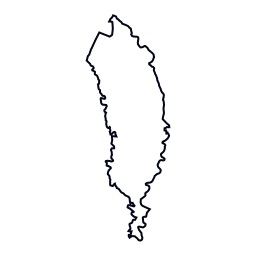 the district of 9 de julio, San Juan, Argentina
{"feature_id": "61730980B85841660882492", "entity_name": "9 de julio", "entity_type": "district", "adm_level": 2, "iso_a3": "ARG", "parent_name": "Argentina", "parent_adm1": "San Juan", "projection": "albers", "projection_center": [-68.388, -31.661], "detail": "fine", "context": "isolated", "style": "outline", "palette": "ink", "viewbox_px": 256, "rotation_deg": 0, "n_neighbors": 0, "source": "geoboundaries", "source_scale": "gbopen_adm2", "svg_char_len": 5900}
<svg xmlns="http://www.w3.org/2000/svg" viewBox="0 0 256 256"><path d="M161.7,156.8L161.1,155.5L161.0,154.7L161.0,154.1L161.3,153.6L162.0,153.1L163.1,152.1L163.7,151.4L164.4,150.1L164.9,147.9L164.8,147.4L164.8,146.5L165.2,145.8L165.3,145.3L165.1,144.7L164.8,144.3L163.9,143.7L163.2,143.1L162.7,143.2L162.4,142.8L162.5,142.3L162.8,141.7L163.2,141.4L164.7,140.9L165.7,140.2L167.7,138.4L168.3,137.5L169.1,135.7L168.9,135.1L168.5,134.0L168.0,133.5L166.5,133.6L166.5,133.2L167.4,133.1L167.4,132.5L166.3,132.6L166.1,130.5L164.5,130.4L164.6,128.2L165.8,127.9L166.2,127.7L166.5,127.4L166.7,127.1L169.3,127.2L169.3,126.8L169.0,125.3L168.7,124.8L168.1,124.5L166.8,123.4L162.7,119.1L163.0,117.0L163.9,113.4L163.9,112.1L163.7,110.9L163.5,108.4L163.9,106.0L164.0,104.4L163.8,102.4L163.4,100.5L163.1,100.2L163.0,99.7L163.3,98.9L163.3,97.9L163.7,97.3L163.7,96.8L163.6,96.3L163.9,95.2L163.8,94.7L163.1,93.3L162.2,92.7L161.6,91.5L161.0,90.4L160.7,89.0L160.0,87.6L159.3,86.1L159.1,85.5L159.1,84.8L158.5,82.8L158.1,82.1L157.2,79.9L157.1,77.9L156.7,77.5L156.4,76.4L155.7,74.8L155.1,74.0L155.1,73.5L154.9,72.8L154.0,70.8L153.8,69.9L154.0,69.0L154.2,68.7L154.1,68.1L153.5,67.3L153.2,67.0L152.8,66.8L152.1,66.7L151.6,66.4L151.3,66.0L150.9,65.6L150.5,65.2L149.9,64.9L149.3,64.4L149.1,63.9L149.2,63.1L149.5,63.0L150.1,62.8L150.9,62.2L151.7,61.7L152.1,61.4L152.4,60.9L152.9,60.2L153.4,58.8L153.5,58.3L153.7,57.9L154.0,57.5L154.1,57.0L153.7,56.0L153.8,55.4L153.4,54.2L151.9,52.7L148.5,49.9L147.6,48.0L146.2,46.8L145.1,46.0L144.4,46.1L143.5,46.6L142.9,47.0L142.0,47.3L140.5,47.4L139.4,46.3L138.0,44.3L137.8,42.4L138.4,38.6L138.3,38.0L138.0,37.2L136.9,36.7L135.7,36.7L133.6,36.5L132.1,36.0L131.2,34.4L131.7,33.4L131.8,33.0L131.6,32.1L131.3,31.5L131.1,30.3L131.0,29.2L130.8,28.8L130.3,28.2L129.2,27.5L128.7,26.7L128.1,26.1L125.5,24.9L122.6,23.8L122.1,23.5L121.6,22.5L121.1,21.8L119.6,20.9L118.5,19.6L116.9,18.6L116.2,16.9L115.6,16.3L113.1,15.4L112.8,16.1L111.8,17.8L111.5,18.1L110.6,18.7L109.2,21.5L110.2,21.5L111.4,21.6L111.8,21.7L112.3,22.0L112.6,25.0L112.8,28.9L112.2,34.1L112.1,34.8L111.8,35.1L109.7,36.6L99.3,32.5L95.7,39.5L91.5,48.6L91.2,49.0L89.2,54.7L88.7,55.2L88.1,56.0L87.9,56.1L86.7,60.6L90.2,64.0L90.4,64.8L90.9,65.6L92.7,66.3L93.1,66.7L93.7,67.9L93.5,68.6L92.8,69.0L92.2,69.6L92.3,70.3L93.8,71.1L94.4,71.4L94.9,71.7L94.9,72.2L94.9,72.7L94.8,73.2L95.0,74.4L95.3,74.7L96.6,75.3L97.2,75.9L98.1,78.1L98.3,79.4L98.9,80.0L99.3,80.5L99.3,81.0L99.1,81.7L99.1,82.8L99.0,83.5L98.6,83.9L98.0,84.3L98.2,84.9L98.2,86.3L98.7,88.9L99.2,89.5L99.9,90.0L100.1,90.4L100.1,90.9L100.0,91.7L100.1,92.6L100.5,93.1L101.0,93.6L101.5,94.2L102.4,95.6L102.8,95.9L103.8,95.9L104.4,96.1L104.7,96.4L104.9,96.7L105.1,97.3L105.2,97.9L105.0,98.6L104.5,98.8L104.1,98.8L101.9,98.2L101.0,98.1L100.6,98.9L100.8,99.7L100.9,100.7L101.1,102.0L101.3,103.2L101.6,103.7L102.5,104.6L106.2,105.0L106.7,105.9L106.7,106.3L106.3,107.0L105.4,109.0L105.1,109.2L104.6,109.7L104.4,110.0L104.3,110.5L104.6,111.7L104.9,111.9L105.7,112.3L106.1,112.7L105.6,113.5L105.3,115.4L105.1,116.1L105.7,118.6L105.7,119.7L105.8,120.4L106.3,120.8L106.6,121.5L106.2,123.5L106.2,124.0L106.8,126.6L107.2,127.3L107.8,127.8L108.4,128.1L109.2,127.9L109.3,127.4L109.6,127.0L110.0,127.3L109.8,128.2L110.2,129.6L110.3,130.6L110.1,131.7L109.8,131.8L110.5,134.4L111.8,134.1L112.6,133.0L113.5,132.2L114.2,131.9L114.7,132.0L115.2,132.3L115.3,132.9L115.3,133.5L115.4,134.1L116.4,136.5L111.9,136.1L112.2,140.4L111.4,143.7L114.1,146.4L114.1,148.3L111.8,148.4L111.1,149.5L111.0,150.1L111.7,152.0L111.9,154.9L111.7,155.7L111.4,156.1L111.2,157.1L111.3,157.8L111.5,158.5L111.8,158.8L112.5,159.4L113.1,160.6L112.9,161.1L111.4,161.5L110.0,161.1L108.1,160.8L106.3,160.9L105.8,161.1L105.7,161.7L106.3,162.3L106.7,162.5L106.8,163.1L106.8,163.6L106.7,165.6L107.4,165.9L108.0,165.9L108.7,166.2L110.7,167.4L110.8,168.2L108.7,170.5L107.9,172.6L107.9,173.6L107.9,174.3L108.9,175.3L109.6,176.5L109.6,178.2L110.3,179.4L110.1,181.8L110.2,182.4L110.2,182.9L110.1,184.0L110.3,185.3L112.7,186.1L113.9,184.4L114.9,183.6L115.5,185.7L115.7,186.0L116.4,186.6L116.6,187.0L116.6,187.8L116.8,188.1L118.5,188.7L118.9,189.1L120.9,191.9L121.6,192.5L123.4,193.4L124.0,193.9L124.8,194.9L125.4,195.4L127.7,196.4L128.6,197.0L129.1,197.4L129.6,198.5L130.0,202.4L130.6,203.7L131.4,202.7L132.7,202.9L133.0,203.8L134.5,205.7L134.2,206.3L133.9,206.4L129.5,205.2L128.9,205.2L128.1,205.3L127.5,207.0L127.9,207.6L128.6,208.0L129.9,208.6L134.3,212.3L132.8,211.9L132.5,211.9L131.6,212.8L131.5,214.3L133.0,215.9L134.7,217.0L136.4,217.5L135.1,219.8L133.4,219.8L133.0,220.0L132.1,222.6L131.7,222.9L129.7,223.8L129.5,224.3L129.7,225.7L130.4,228.0L130.4,228.3L130.3,229.3L129.1,230.2L128.5,231.1L130.3,231.6L131.5,231.4L130.7,234.5L130.4,234.8L128.8,234.9L128.7,235.8L128.9,236.7L129.6,237.7L131.8,236.1L134.0,236.2L134.8,236.3L137.3,238.4L138.6,240.1L140.5,240.6L142.0,239.6L142.4,237.7L141.6,235.4L141.5,233.7L141.4,233.0L139.1,229.9L138.8,229.3L138.1,227.2L138.3,226.8L138.8,226.6L139.3,226.6L142.9,227.4L143.4,227.3L145.1,226.0L145.3,225.7L145.6,224.2L145.4,223.8L143.6,222.7L143.3,222.3L142.8,217.7L143.0,217.3L144.0,216.8L146.0,216.7L146.2,216.3L146.8,213.3L147.0,212.6L149.8,209.2L142.9,206.0L141.9,205.3L141.0,204.0L140.6,202.1L140.9,199.2L144.9,196.2L145.4,195.5L145.5,194.9L145.3,194.1L145.3,193.3L146.0,192.5L147.0,191.9L148.3,190.7L149.3,188.9L149.4,187.6L149.3,186.8L148.7,185.8L147.0,185.1L146.2,185.0L145.9,184.7L145.8,183.7L146.5,183.2L147.3,182.9L148.6,182.7L150.1,182.6L151.5,182.0L152.6,180.7L154.2,177.4L154.6,176.7L154.7,176.0L157.2,173.9L157.8,173.9L159.4,173.1L159.7,172.9L160.4,171.9L160.6,171.1L160.7,169.9L160.3,169.3L159.6,168.5L158.5,167.4L158.0,166.6L157.7,165.3L157.7,164.5L157.9,163.9L158.3,163.5L158.6,162.6L159.1,161.7L159.4,161.0L159.9,160.6L161.0,160.1L161.6,160.1L162.4,160.3L163.2,160.4L163.9,160.3L164.3,160.0L164.5,159.5L164.5,158.6L163.9,158.1L161.7,156.8Z" fill="none" stroke="#020617" stroke-width="2"/></svg>